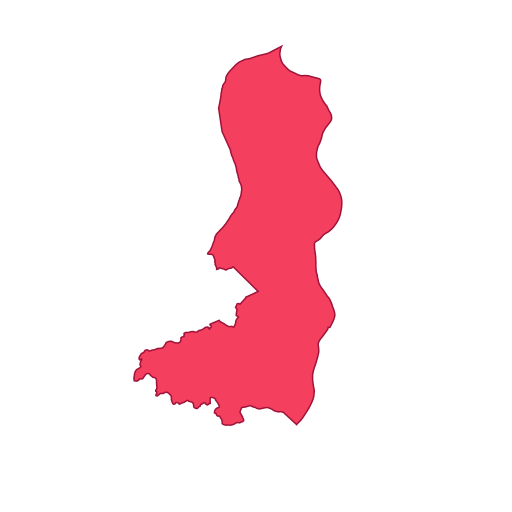 Talaigua Nuevo, Bolívar, Colombia (Natural Earth projection), rotated 42°
{"feature_id": "7082276B83153593074070", "entity_name": "Talaigua Nuevo", "entity_type": "district", "adm_level": 2, "iso_a3": "COL", "parent_name": "Colombia", "parent_adm1": "Bolívar", "projection": "natural_earth1", "projection_center": [-74.633, 9.309], "detail": "fine", "context": "isolated", "style": "filled", "palette": "rose", "viewbox_px": 512, "rotation_deg": 42, "n_neighbors": 0, "source": "geoboundaries", "source_scale": "gbopen_adm2", "svg_char_len": 6137}
<svg xmlns="http://www.w3.org/2000/svg" viewBox="0 0 512 512"><g transform="rotate(42 256 256)"><path d="M246.7,428.0L246.9,428.0L247.2,428.8L247.9,429.2L248.9,430.2L250.4,429.3L251.4,428.4L251.9,426.6L251.9,425.1L253.9,423.2L253.3,418.4L253.4,417.0L254.0,415.9L255.0,415.1L256.2,415.0L257.4,415.3L260.6,415.1L261.7,414.4L262.8,414.0L264.0,414.1L265.0,414.7L267.6,417.5L270.5,420.1L271.2,421.3L271.2,422.7L272.0,423.6L273.1,423.3L274.0,424.4L274.3,425.7L275.1,426.7L276.2,426.2L276.8,423.5L277.0,422.1L277.8,421.2L278.9,420.6L279.8,418.0L281.2,416.7L283.6,416.4L286.4,416.7L287.4,417.2L287.8,417.9L289.2,419.3L289.8,419.8L292.6,421.2L293.7,421.4L294.3,420.9L294.7,420.4L294.5,418.8L294.6,418.4L296.4,417.2L297.2,417.2L297.8,417.5L298.4,417.2L299.5,414.3L300.4,413.1L301.4,409.4L301.7,409.1L303.2,409.0L304.3,408.3L305.1,408.1L305.6,407.6L307.0,407.3L308.8,408.1L310.8,409.8L312.5,409.8L314.1,409.0L314.5,408.1L314.5,407.6L314.3,406.6L314.8,405.7L314.9,405.3L314.9,404.7L314.4,404.1L314.3,403.0L314.9,402.3L315.0,401.3L315.6,400.0L316.2,399.3L316.8,399.0L317.4,399.7L318.5,399.4L319.4,399.4L319.8,398.6L319.7,397.1L320.3,397.0L320.6,396.1L320.0,395.3L318.9,394.5L317.1,392.3L317.0,391.5L317.4,391.0L318.3,390.3L320.0,389.6L321.6,389.5L322.5,390.1L325.3,390.6L328.3,391.6L329.5,392.4L329.7,392.8L329.7,393.2L328.7,395.4L328.5,396.9L328.6,397.8L329.2,399.1L329.7,400.0L330.1,400.4L330.6,400.3L331.6,399.8L333.2,400.6L334.2,400.7L334.9,400.4L336.0,399.5L336.5,399.4L338.1,400.1L340.0,400.5L342.2,402.2L342.9,403.1L343.6,403.2L344.3,403.1L346.6,402.0L348.5,400.2L350.5,398.5L351.3,397.4L352.5,395.0L352.8,393.7L353.4,392.4L355.6,390.8L355.9,389.5L356.8,388.4L357.0,387.0L356.9,386.5L356.5,386.0L352.6,384.2L349.9,383.3L348.4,382.6L346.8,378.4L347.6,377.0L348.3,376.4L349.0,375.5L351.6,371.3L353.7,370.3L354.9,370.2L356.3,369.1L358.6,368.7L360.9,367.4L364.5,362.4L366.2,360.7L370.6,359.1L372.5,359.0L375.0,358.0L377.3,356.5L378.4,355.2L379.2,354.7L381.2,353.9L399.0,354.1L398.9,353.6L399.2,347.6L398.8,343.9L397.2,334.1L395.4,327.5L394.2,324.4L392.9,321.7L389.7,317.4L389.0,316.7L386.2,314.6L382.4,311.5L380.7,309.9L377.6,306.5L375.5,302.9L373.9,299.6L372.7,296.6L371.2,293.6L369.5,290.0L366.9,285.4L364.7,283.0L361.8,280.5L360.7,279.2L360.0,277.4L359.4,274.6L359.2,270.2L358.4,262.7L357.4,260.7L358.7,259.7L357.3,254.3L356.4,251.5L355.3,249.0L354.3,247.3L352.2,245.4L349.9,244.0L346.1,242.0L343.6,240.5L339.1,238.6L335.2,238.0L330.4,236.7L325.3,235.7L322.5,234.8L320.0,233.6L317.4,231.6L315.9,230.8L314.5,229.3L312.0,227.9L309.9,226.1L307.0,223.2L304.6,220.5L302.6,218.5L300.6,216.4L298.4,214.5L294.9,211.6L291.1,207.7L290.8,206.9L290.7,205.9L290.9,204.8L291.6,202.8L292.1,200.5L292.0,195.5L292.2,193.9L293.6,189.6L294.2,185.5L294.2,182.4L293.8,178.2L293.2,175.1L292.3,172.1L291.6,170.4L290.4,168.0L287.3,162.9L284.6,159.5L282.6,157.4L280.9,156.0L278.8,154.6L275.3,152.8L272.9,151.9L262.0,149.7L248.6,148.0L244.3,147.0L237.1,143.6L234.8,142.1L231.9,138.8L229.5,134.7L228.5,132.4L228.0,130.0L226.6,126.4L225.5,124.0L224.0,121.5L223.4,120.1L222.6,117.4L222.0,114.5L221.4,106.4L220.9,104.4L220.0,102.9L217.7,100.9L215.8,100.0L212.5,99.0L208.4,97.2L204.4,96.5L201.1,95.6L198.0,94.3L195.9,93.2L193.7,91.5L191.5,89.3L189.4,86.6L187.5,83.4L186.8,82.5L186.1,81.9L185.1,81.8L183.8,82.2L177.3,85.6L174.3,87.0L171.2,89.5L169.6,91.3L167.6,92.5L165.3,93.4L161.9,94.3L158.1,95.6L155.5,95.9L150.5,95.6L147.2,95.2L145.7,94.7L143.8,93.8L140.0,91.3L138.2,89.6L135.7,85.8L135.1,84.5L134.7,83.1L129.2,97.6L123.4,106.0L119.1,113.8L116.3,117.2L113.8,123.1L113.1,126.9L112.8,135.9L113.0,139.2L113.8,142.8L116.1,146.2L116.8,147.6L116.8,149.1L117.0,150.4L117.4,151.8L118.2,152.9L118.6,154.2L119.3,155.5L120.3,156.6L120.9,158.0L121.8,159.1L123.4,161.3L128.4,169.5L129.0,170.9L147.5,186.2L166.1,194.4L168.2,196.1L169.4,196.6L170.3,197.4L172.6,198.3L176.1,200.3L179.5,201.8L180.7,202.7L182.0,203.4L185.1,206.0L188.5,208.0L190.8,209.8L192.2,210.4L193.1,211.5L195.6,212.4L198.3,213.7L199.3,214.8L200.4,215.5L203.5,219.9L204.8,222.2L205.0,223.5L205.8,224.8L206.2,226.1L208.1,230.3L208.9,231.4L209.3,234.1L209.3,235.6L210.2,238.3L210.2,241.6L210.6,244.3L211.0,245.6L212.0,252.4L212.0,254.2L212.2,255.5L212.2,258.9L212.0,260.4L212.1,263.0L211.9,264.8L212.1,266.8L212.6,268.6L213.1,270.0L213.9,271.3L214.5,271.9L215.6,275.1L217.1,278.6L218.2,282.5L218.2,285.8L218.5,286.6L218.8,286.8L219.8,286.2L222.2,284.3L223.1,284.0L223.6,284.1L228.8,286.7L228.9,287.5L229.2,288.0L230.0,288.1L231.0,289.0L231.0,289.4L234.6,291.1L235.7,292.3L236.7,290.8L236.8,290.6L236.4,290.2L236.4,289.9L236.8,289.4L237.8,288.7L239.8,287.8L240.3,287.3L241.5,287.0L242.7,286.8L243.1,286.4L243.4,285.7L243.8,284.2L244.6,282.8L245.7,281.6L246.2,280.1L246.4,279.3L281.3,280.9L275.9,293.7L276.5,294.3L276.4,296.1L276.4,302.4L274.9,302.9L274.0,304.2L274.4,305.1L275.1,307.7L275.4,307.7L276.0,308.1L277.4,308.4L277.9,308.7L279.3,311.1L281.0,313.4L283.8,313.1L283.8,314.9L284.1,316.7L284.8,318.3L285.6,319.3L286.3,320.8L287.1,323.7L285.1,324.5L283.3,326.5L282.8,326.7L280.2,327.4L277.1,327.8L273.2,328.8L271.7,328.4L267.5,337.3L267.6,337.8L267.9,338.0L269.6,337.9L270.0,338.2L270.2,338.8L270.3,341.4L270.0,341.6L269.8,341.6L268.8,340.6L268.4,340.8L267.9,341.4L267.2,341.4L266.1,343.0L265.6,345.6L264.9,347.6L263.3,349.7L263.1,351.5L262.7,352.4L261.9,353.2L260.3,353.9L259.1,354.8L257.7,356.7L256.9,358.2L255.3,359.4L254.5,360.7L254.3,361.6L254.4,361.9L255.3,362.2L255.6,363.3L256.2,363.6L256.4,363.9L256.3,364.2L255.0,366.1L254.9,366.6L255.0,367.0L256.6,368.9L256.9,369.6L257.1,371.0L256.7,372.2L256.0,373.1L253.3,375.0L250.6,375.8L249.5,376.5L248.9,377.1L247.7,379.1L247.2,380.2L247.3,381.1L247.8,382.8L248.1,384.6L248.1,386.0L247.6,387.6L246.0,389.4L245.1,390.2L244.3,391.4L243.1,394.0L241.7,395.4L241.0,397.2L240.4,397.9L240.0,398.1L238.7,398.2L237.4,399.0L236.7,400.5L237.1,402.9L236.3,404.6L236.1,405.4L236.9,409.3L237.7,410.4L238.6,411.1L239.2,410.9L239.5,410.4L239.6,409.2L240.2,409.3L240.4,409.6L241.2,412.2L242.2,414.1L243.1,414.7L244.3,415.0L244.5,415.2L244.6,415.5L244.3,417.3L243.4,420.0L243.4,421.7L243.8,423.2L244.4,424.6L246.7,428.0Z" fill="#f43f5e" stroke="#9f1239" stroke-width="1.5"/></g></svg>